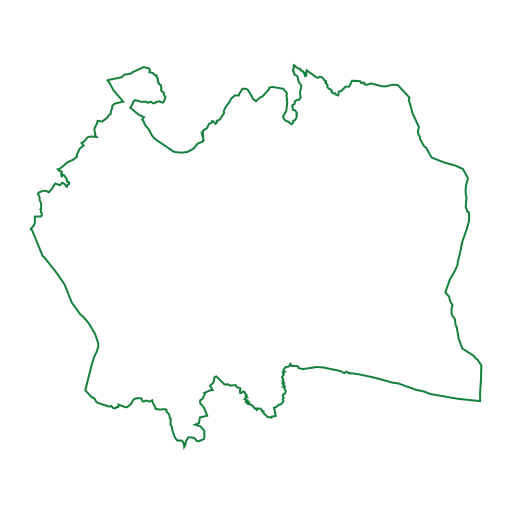 Eidsberg nor, Østfold, Norway (Mercator projection)
{"feature_id": "86288312B32613923772103", "entity_name": "Eidsberg nor", "entity_type": "district", "adm_level": 2, "iso_a3": "NOR", "parent_name": "Norway", "parent_adm1": "Østfold", "projection": "mercator", "projection_center": [11.349, 59.529], "detail": "fine", "context": "isolated", "style": "outline", "palette": "green", "viewbox_px": 512, "rotation_deg": 0, "n_neighbors": 0, "source": "geoboundaries", "source_scale": "gbopen_adm2", "svg_char_len": 5923}
<svg xmlns="http://www.w3.org/2000/svg" viewBox="0 0 512 512"><path d="M30.7,228.9L32.2,230.5L42.7,256.1L44.3,257.3L57.0,273.4L64.6,284.5L71.8,302.7L80.5,314.6L83.4,316.9L88.7,323.3L94.8,333.3L96.4,337.7L98.2,343.2L98.2,346.7L96.8,351.5L94.5,356.1L91.9,364.0L85.3,390.3L91.8,397.4L93.0,397.4L94.9,399.1L96.2,401.8L97.9,402.9L109.0,406.6L111.1,406.0L113.5,408.2L115.4,408.3L116.6,407.0L118.2,407.1L118.5,404.6L125.0,407.1L127.0,407.2L130.7,404.4L133.7,399.4L136.6,398.3L141.2,398.2L142.6,401.3L143.8,401.5L145.7,400.5L149.7,401.6L152.2,400.3L152.8,402.7L155.5,407.8L155.5,408.8L160.0,409.6L164.9,409.1L166.5,409.8L166.3,411.3L169.2,414.6L169.9,418.3L170.8,419.0L170.5,424.5L171.7,426.5L172.5,430.8L174.8,437.3L177.2,440.5L182.0,440.6L183.9,443.6L184.2,447.0L185.1,445.6L186.1,441.1L188.3,437.4L191.8,437.4L194.6,438.3L197.1,441.1L199.1,441.2L203.9,439.0L204.4,437.4L204.3,430.8L200.4,426.3L195.1,424.7L199.0,423.1L199.9,417.5L207.2,415.7L204.1,407.8L200.1,403.2L200.2,400.3L202.4,398.9L205.3,392.8L204.9,392.7L209.9,390.4L212.7,390.1L210.1,385.8L213.6,382.3L214.3,377.5L216.3,376.4L224.1,384.1L225.3,384.6L228.2,384.3L230.0,385.6L235.5,385.1L236.8,387.2L240.0,388.0L240.4,388.6L239.8,391.5L240.2,393.0L241.5,392.9L242.8,391.4L245.0,392.4L245.2,393.8L246.6,394.9L246.3,395.9L247.0,397.1L245.6,396.8L245.5,398.4L244.7,399.2L246.2,399.7L246.0,401.0L246.8,400.3L247.7,400.8L247.9,402.0L247.4,401.5L247.5,401.9L246.8,402.7L247.5,403.8L248.4,404.1L249.0,403.4L248.9,404.2L250.5,404.3L253.2,406.3L254.3,408.3L255.7,408.5L256.6,410.0L257.1,409.6L256.6,408.5L260.3,408.6L261.8,409.9L262.0,411.3L263.6,411.4L263.5,413.1L267.7,417.0L271.5,417.6L271.6,416.7L275.8,415.9L274.0,407.7L276.1,407.1L278.8,404.8L281.2,404.2L283.4,401.3L282.8,399.3L283.7,398.1L282.7,395.6L283.3,395.2L283.2,394.5L285.1,393.4L285.8,391.0L284.4,388.6L284.2,387.6L284.6,387.0L283.7,386.8L284.2,386.6L284.3,386.0L283.7,385.6L284.1,385.2L282.6,383.8L283.8,383.0L283.1,382.7L283.3,381.0L282.6,381.1L283.2,379.3L282.0,377.0L283.9,374.4L282.9,372.8L283.9,372.0L283.0,372.0L283.2,371.4L284.3,371.4L283.4,370.6L283.9,369.1L285.6,367.2L288.7,366.5L290.6,364.0L291.4,365.9L297.0,366.0L297.9,366.4L298.5,368.0L302.7,369.1L316.9,367.0L323.5,367.5L340.5,371.1L344.3,373.1L346.7,371.6L349.3,373.6L349.7,373.4L349.2,373.0L358.9,374.3L374.7,377.7L392.7,382.7L398.3,383.4L415.7,389.7L423.9,391.5L430.8,394.1L458.5,398.9L480.1,401.1L480.1,392.4L481.0,379.3L481.3,365.4L477.6,359.7L475.0,357.9L474.2,356.2L462.4,348.5L458.7,338.7L456.9,328.0L455.5,324.4L454.9,319.1L452.6,316.1L451.5,313.4L451.5,308.8L452.5,305.2L450.0,300.8L449.2,296.8L445.3,292.3L449.9,279.5L455.3,270.1L457.5,264.9L457.8,261.7L460.0,253.4L462.2,242.0L466.9,228.8L469.0,220.9L469.1,212.6L467.6,211.9L465.7,206.9L466.5,197.7L465.7,193.5L465.6,190.0L466.3,184.4L467.8,179.1L467.7,177.6L462.9,169.0L455.1,165.5L444.2,162.5L431.5,157.5L426.1,147.8L423.9,146.0L420.1,139.2L419.8,136.5L418.7,135.2L417.8,131.5L418.9,127.4L418.5,126.1L412.7,113.7L408.8,99.8L409.5,97.7L397.8,85.0L392.6,84.7L386.4,86.3L382.3,86.3L371.3,83.5L366.3,84.9L364.4,84.2L364.7,83.3L363.1,82.5L361.3,83.1L360.0,81.2L352.1,80.7L349.2,86.6L345.5,86.7L341.1,91.2L338.9,91.6L338.0,95.4L335.6,94.5L334.9,93.2L332.9,93.2L331.9,92.3L332.0,91.1L331.3,91.0L330.5,89.3L329.4,89.1L327.8,87.6L327.3,86.7L327.5,85.0L325.4,82.7L326.2,82.0L326.0,81.1L324.1,80.1L323.2,78.4L321.3,77.0L320.0,76.7L318.1,77.8L316.3,77.3L306.7,70.3L306.1,75.8L305.0,76.0L304.5,74.5L305.0,73.1L304.7,72.6L303.3,72.5L303.1,71.3L300.6,70.4L300.3,68.8L298.1,68.6L294.0,65.0L293.6,65.3L294.0,67.6L293.1,69.1L293.2,71.4L294.0,72.0L294.2,74.3L297.2,76.1L298.0,77.8L298.3,81.0L301.4,85.7L300.0,92.3L300.5,98.0L298.9,99.9L297.4,99.7L294.7,101.4L294.7,103.9L292.2,105.4L293.0,110.0L295.1,110.4L297.0,113.1L296.3,114.5L296.9,115.4L296.4,117.9L294.7,120.3L293.2,120.9L293.2,122.6L292.1,123.8L291.5,124.2L288.4,121.7L285.9,120.8L284.2,119.4L283.1,117.4L283.1,116.4L286.3,110.9L287.3,102.4L286.6,99.8L287.2,99.3L286.4,95.9L287.0,93.4L283.3,88.8L272.2,86.9L269.3,87.7L269.1,89.0L266.7,91.9L262.1,96.7L260.3,97.3L255.9,101.2L252.7,98.6L252.3,97.1L247.8,89.8L246.1,88.9L242.5,88.7L239.1,94.1L238.8,95.5L234.8,95.4L231.1,98.7L229.7,101.6L225.8,106.8L223.8,111.1L224.1,113.0L219.7,119.7L216.7,120.8L217.1,122.1L215.6,123.8L213.0,121.2L212.1,121.1L211.7,122.6L209.0,123.9L207.1,128.0L202.8,130.8L203.0,134.9L202.0,134.0L203.6,140.1L203.1,140.3L202.9,141.6L197.8,143.5L193.8,148.4L187.6,151.9L181.3,152.7L174.1,151.9L155.0,139.0L152.1,135.7L148.7,129.3L144.9,124.7L143.4,120.8L142.2,119.6L144.1,117.2L138.6,114.7L130.4,107.7L133.1,102.8L133.1,101.8L135.3,100.1L141.6,101.9L145.7,101.6L147.9,102.8L150.9,101.7L152.7,103.2L154.5,103.3L156.2,101.9L159.6,101.4L162.5,102.7L164.0,101.3L165.5,97.2L164.1,95.2L163.6,93.4L163.8,92.7L161.5,91.1L161.0,89.7L161.6,88.2L160.8,86.9L161.0,85.2L159.2,84.3L159.1,83.2L158.0,82.3L157.9,79.1L157.6,77.9L156.9,77.6L156.9,76.8L156.1,76.2L156.3,75.2L155.2,75.3L152.9,73.1L149.3,72.1L150.0,70.2L149.2,68.4L143.6,67.1L132.0,72.5L131.0,73.6L124.4,74.7L121.5,77.3L107.8,80.1L107.5,80.5L109.1,82.2L113.6,90.4L123.2,101.6L114.6,103.7L112.1,106.1L112.3,108.3L111.4,109.8L110.5,114.1L109.1,114.8L107.3,117.6L102.3,121.5L97.6,120.9L97.1,123.3L94.5,128.4L94.4,130.4L95.2,132.8L95.1,135.3L96.6,137.0L90.7,136.5L87.6,137.3L84.5,141.1L81.5,143.0L83.6,145.6L79.6,148.8L76.9,154.6L76.8,157.0L73.1,159.7L67.0,162.5L62.6,166.6L59.3,169.0L57.9,169.2L58.9,170.7L61.6,171.5L62.0,172.3L61.2,173.6L62.2,174.5L61.3,175.3L61.8,176.4L63.5,175.0L64.2,175.3L66.7,179.0L66.5,180.1L67.3,181.9L68.3,181.7L69.3,182.8L69.2,183.8L67.7,184.7L67.0,186.7L66.3,186.6L65.1,184.4L62.4,182.7L60.0,185.2L55.2,183.5L52.0,188.6L48.8,192.3L46.4,191.0L43.1,190.8L38.4,192.7L38.0,194.1L39.1,195.8L39.6,197.4L39.7,200.3L41.1,203.1L41.1,208.1L41.0,209.0L40.4,209.3L40.9,210.9L40.8,212.2L41.8,213.5L41.9,215.2L40.8,216.5L34.8,216.6L34.9,222.8L33.8,225.7L30.7,228.9Z" fill="none" stroke="#15803d" stroke-width="2"/></svg>